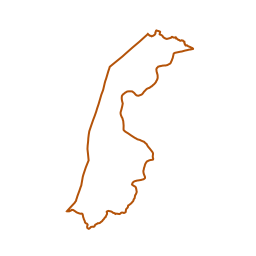 Goudomp, Sédhiou, Senegal (Mercator projection), rotated 132°
{"feature_id": "50182788B48951494587639", "entity_name": "Goudomp", "entity_type": "district", "adm_level": 2, "iso_a3": "SEN", "parent_name": "Senegal", "parent_adm1": "Sédhiou", "projection": "mercator", "projection_center": [-15.551, 12.644], "detail": "fine", "context": "isolated", "style": "outline", "palette": "amber", "viewbox_px": 256, "rotation_deg": 132, "n_neighbors": 0, "source": "geoboundaries", "source_scale": "gbopen_adm2", "svg_char_len": 5725}
<svg xmlns="http://www.w3.org/2000/svg" viewBox="0 0 256 256"><g transform="rotate(132 128 128)"><path d="M229.3,89.9L228.8,89.5L228.3,89.4L226.3,89.3L225.9,89.0L225.1,88.3L224.7,88.0L224.6,87.6L224.2,87.3L223.6,87.1L223.3,87.2L222.8,87.3L222.5,87.5L222.1,87.5L221.8,87.6L221.4,87.4L220.9,87.3L220.4,87.2L220.0,86.9L219.1,86.8L218.9,86.5L218.6,86.3L218.2,85.9L217.6,85.5L216.9,85.3L216.2,85.3L215.6,85.1L214.4,84.9L212.9,85.1L212.4,85.0L211.9,85.0L209.9,85.3L209.3,85.0L208.9,85.2L206.8,85.8L206.0,86.0L205.4,86.5L205.0,86.9L204.8,87.2L204.7,87.6L204.5,87.8L204.1,87.8L203.8,87.7L202.8,87.2L202.6,86.8L201.9,85.7L201.3,84.6L201.0,83.3L201.0,82.2L200.3,81.1L200.2,80.7L200.4,80.2L200.3,79.8L199.8,79.7L199.0,78.8L197.7,76.8L197.1,76.5L196.2,76.4L195.5,76.3L195.1,76.1L194.4,75.3L194.2,75.0L194.1,74.5L193.9,74.2L193.5,73.9L192.9,73.7L192.2,73.5L191.8,73.6L190.9,74.3L189.7,75.0L189.3,75.1L187.7,75.0L187.0,75.1L186.1,75.7L185.5,76.0L185.1,75.8L183.5,75.5L183.1,75.4L182.5,75.3L180.8,75.2L179.8,75.3L179.2,75.2L178.3,75.4L177.3,76.0L175.8,76.1L173.2,77.7L172.7,77.7L171.8,77.9L170.6,78.3L169.6,78.8L168.7,80.0L168.3,80.4L167.8,81.1L167.7,81.4L167.4,81.6L166.9,82.5L166.8,82.9L166.8,83.6L167.2,85.3L167.4,86.9L167.2,87.3L166.9,87.3L166.5,87.6L166.0,87.8L164.9,87.9L164.1,87.8L162.9,87.3L162.3,87.0L161.9,86.6L161.1,86.2L160.2,85.4L157.7,83.4L157.0,83.0L155.8,82.2L155.1,82.0L154.6,81.9L153.8,81.9L153.3,82.3L152.9,82.8L151.9,84.9L151.2,86.1L150.4,87.1L149.6,87.9L148.7,88.3L147.7,88.9L147.1,89.3L145.4,90.0L144.3,90.6L143.1,91.1L141.7,91.4L140.9,91.5L139.9,91.5L139.6,91.3L138.1,90.7L136.9,90.0L136.2,89.4L135.4,88.7L134.6,88.3L133.9,88.8L133.3,89.8L132.8,90.3L132.5,90.7L131.4,91.4L131.0,91.7L130.5,92.1L130.0,92.6L129.8,93.1L129.5,93.9L128.9,97.3L128.7,98.2L128.7,98.9L128.5,99.6L128.5,100.4L128.1,101.7L127.8,102.7L127.5,103.2L127.6,105.2L127.5,106.5L127.5,106.9L127.8,107.4L127.9,108.0L128.2,108.6L128.4,109.4L128.7,110.1L128.9,111.1L130.1,113.4L130.4,115.1L130.6,115.7L130.9,117.2L131.5,121.0L131.9,124.3L132.5,127.5L132.5,128.7L132.5,129.2L132.4,129.9L132.1,130.3L131.2,131.1L129.1,132.9L126.1,136.1L125.7,136.7L125.4,137.3L124.7,138.3L124.3,139.1L124.1,139.9L123.2,141.8L122.6,142.7L122.3,143.1L121.3,144.0L120.9,144.2L118.6,145.3L115.6,146.9L113.3,148.3L111.8,150.6L110.6,152.1L109.5,153.1L108.2,154.0L107.3,154.1L106.6,154.2L105.8,154.1L105.0,153.9L103.4,153.7L102.7,153.4L101.6,153.1L101.3,152.9L100.6,152.3L99.8,151.5L99.5,151.1L98.6,150.1L98.0,149.3L97.8,147.0L97.9,145.9L98.0,145.6L98.0,145.1L98.1,144.7L98.1,144.1L98.0,143.8L98.0,143.4L97.5,142.5L97.1,141.9L96.1,141.3L94.9,140.7L94.2,140.3L93.1,140.1L92.2,140.2L91.6,140.2L90.5,140.4L88.7,140.3L87.6,140.3L86.4,140.2L85.6,139.9L84.3,139.3L83.8,138.9L82.1,138.7L81.5,138.3L80.9,138.3L80.2,138.1L79.7,138.2L78.1,137.9L77.2,137.9L76.4,137.9L75.1,138.0L74.2,138.4L73.5,138.4L73.0,138.6L72.0,138.9L71.6,139.2L71.0,139.4L69.5,140.8L68.8,141.5L68.4,142.2L68.0,142.7L67.8,143.2L67.4,143.6L67.1,144.3L66.3,145.2L65.3,146.3L64.7,146.5L64.1,146.7L63.7,146.6L63.3,146.6L62.1,146.6L61.7,146.2L61.2,146.0L60.7,145.7L60.5,145.4L59.9,145.1L59.4,144.6L58.7,144.2L57.2,142.8L56.6,142.1L56.1,141.7L55.6,141.4L55.0,140.9L51.9,139.8L50.8,139.9L49.6,140.4L48.6,140.6L47.8,141.0L46.1,141.6L42.3,143.7L42.1,143.8L41.5,143.7L40.7,143.4L36.2,140.1L35.7,139.7L35.3,139.3L32.4,137.5L31.7,137.0L30.2,135.9L28.8,135.0L28.0,134.2L25.8,132.6L25.5,132.8L25.5,133.1L25.5,133.6L25.9,134.7L26.1,135.6L27.0,138.1L27.1,138.8L27.0,139.2L27.4,139.8L27.6,139.9L27.9,140.0L28.1,140.3L27.8,140.8L27.7,141.1L27.7,141.3L27.9,141.6L27.5,142.2L27.1,142.5L27.0,143.2L26.5,143.5L26.1,143.9L26.3,144.4L26.4,144.7L26.4,145.3L26.3,145.5L26.3,145.8L26.4,146.0L26.8,146.3L27.0,146.9L28.0,147.3L28.4,148.1L28.3,148.7L28.7,149.4L28.8,149.5L28.9,149.9L28.8,150.2L28.8,150.5L28.9,151.0L28.9,151.6L28.8,152.2L28.7,152.8L29.1,152.7L29.0,153.1L29.2,153.6L30.0,154.2L30.4,155.0L30.5,155.3L30.6,155.9L30.8,156.3L31.1,156.5L31.6,156.3L32.1,156.4L33.8,157.4L34.7,158.0L35.5,158.5L36.2,159.2L36.2,159.3L36.2,159.6L36.3,160.0L36.8,161.0L36.7,161.3L36.8,161.7L36.8,162.2L36.9,162.5L36.7,163.4L36.5,163.9L36.5,164.6L36.6,165.4L36.9,166.2L37.2,166.9L37.2,167.2L36.9,167.4L36.6,167.6L35.9,168.0L35.1,168.4L35.0,168.7L35.1,169.1L35.5,170.1L36.3,171.6L36.4,172.1L36.5,172.2L37.0,172.2L37.9,171.8L38.7,171.6L38.9,171.2L39.3,171.0L39.5,170.8L39.8,170.8L40.5,170.6L41.1,170.6L41.5,170.7L41.9,170.9L42.4,170.9L42.7,171.1L44.1,171.8L44.2,172.8L44.7,173.2L44.9,174.2L44.8,174.6L44.9,175.2L44.8,176.2L46.0,176.2L49.8,176.6L56.5,177.3L65.2,178.5L73.8,179.5L78.6,180.0L90.7,181.9L94.7,182.5L95.2,182.3L96.4,181.7L98.8,180.7L106.1,177.2L108.1,176.4L110.1,175.4L115.5,172.4L116.7,171.8L121.1,170.1L124.6,168.4L130.0,165.8L134.4,163.9L137.1,162.6L141.4,160.8L145.3,159.3L150.3,157.2L156.3,154.6L159.1,152.8L162.1,150.7L163.6,149.5L165.3,148.2L168.1,146.2L170.7,144.1L174.2,140.2L178.4,135.6L185.5,133.0L191.7,130.3L192.8,129.8L194.6,128.9L202.1,124.2L203.3,123.8L207.0,122.2L212.5,120.0L214.4,119.1L215.7,118.6L216.8,117.9L218.2,117.8L218.9,117.6L220.6,117.6L225.9,117.7L230.5,117.7L230.3,117.3L230.1,117.2L230.3,117.1L230.1,116.9L229.5,116.2L229.1,116.1L229.1,115.9L228.5,115.7L228.2,115.7L228.1,115.4L227.3,115.1L226.6,115.2L226.2,114.8L226.2,114.5L225.6,113.8L225.5,113.5L225.5,112.8L225.2,111.2L225.2,110.7L225.1,110.0L225.0,109.6L224.9,109.1L224.6,108.4L224.3,107.6L223.8,106.5L223.3,105.7L222.8,105.3L222.5,105.1L222.4,104.6L222.5,103.9L222.8,103.6L223.4,102.7L224.2,101.7L224.8,100.5L225.3,99.8L226.0,98.1L226.5,97.3L226.8,97.0L226.9,96.6L227.0,96.1L227.0,95.7L226.9,95.3L226.6,94.5L226.7,93.7L226.8,93.4L227.1,93.1L228.0,92.8L228.4,92.6L229.2,91.8L229.5,91.1L229.3,90.5L229.3,89.9Z" fill="none" stroke="#b45309" stroke-width="2"/></g></svg>